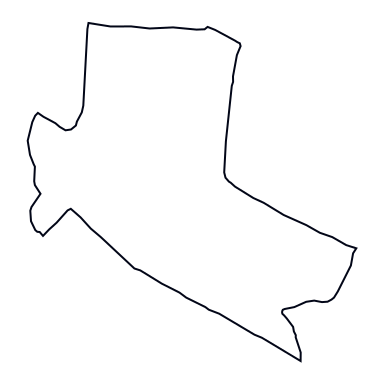 outline of San José Acatempa, Jutiapa, Guatemala
{"feature_id": "79465075B89624307194233", "entity_name": "San José Acatempa", "entity_type": "district", "adm_level": 2, "iso_a3": "GTM", "parent_name": "Guatemala", "parent_adm1": "Jutiapa", "projection": "robinson", "projection_center": [-90.143, 14.268], "detail": "fine", "context": "isolated", "style": "outline", "palette": "ink", "viewbox_px": 384, "rotation_deg": 0, "n_neighbors": 0, "source": "geoboundaries", "source_scale": "gbopen_adm2", "svg_char_len": 1285}
<svg xmlns="http://www.w3.org/2000/svg" viewBox="0 0 384 384"><path d="M37.9,112.9L35.2,115.7L32.3,122.1L27.7,140.7L30.0,154.9L33.8,164.5L34.9,166.6L34.2,181.3L34.9,185.1L40.5,193.8L31.5,207.0L30.3,210.7L31.0,221.2L35.3,230.1L37.3,231.8L39.7,232.0L43.0,235.9L49.3,229.3L56.6,222.7L67.6,210.4L70.8,208.8L80.6,217.4L90.8,228.6L100.7,237.0L134.4,268.5L140.3,270.4L161.9,283.7L179.5,292.6L186.2,297.6L205.4,307.1L208.8,309.7L219.2,313.7L254.5,334.7L261.8,337.7L300.6,361.0L300.7,352.5L295.7,337.3L295.8,335.2L293.9,331.5L293.1,326.9L286.8,318.5L284.2,315.5L282.4,313.8L282.1,312.6L282.2,311.2L282.8,309.8L284.7,309.0L294.3,307.1L306.2,301.8L314.2,300.6L322.0,302.1L327.6,301.7L331.5,299.6L334.0,297.6L337.8,291.5L350.9,265.5L353.1,253.3L356.3,248.3L346.2,245.1L332.3,237.1L319.9,232.8L306.3,225.1L283.7,215.0L263.7,202.8L253.3,198.0L236.1,187.3L235.0,186.6L230.7,182.7L228.9,181.6L225.5,177.7L224.2,172.4L225.9,141.3L231.8,85.8L233.1,81.9L233.0,76.4L236.9,55.1L240.6,46.1L239.8,43.3L238.5,42.7L237.1,42.0L235.1,40.7L215.1,29.9L207.6,26.9L204.6,29.3L196.5,29.6L173.1,27.4L149.6,28.5L131.1,26.4L110.6,26.5L88.5,23.0L87.4,29.0L83.3,105.7L81.8,112.4L76.9,121.6L75.9,125.5L71.0,129.5L65.5,130.3L59.6,126.8L55.4,123.2L43.5,116.8L37.9,112.9Z" fill="none" stroke="#020617" stroke-width="2"/></svg>